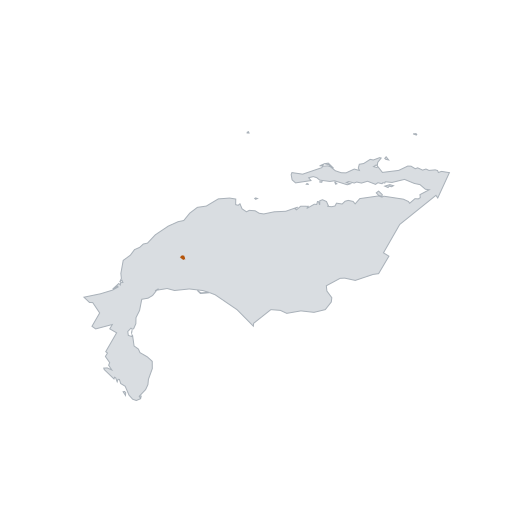 Tlalpan, Distrito Federal, Mexico shown in context, rotated 120°
{"feature_id": "50627088B11005238011149", "entity_name": "Tlalpan", "entity_type": "district", "adm_level": 2, "iso_a3": "MEX", "parent_name": "Mexico", "parent_adm1": "Distrito Federal", "projection": "natural_earth1", "projection_center": [-99.188, 19.201], "detail": "fine", "context": "in_parent", "style": "filled", "palette": "amber", "viewbox_px": 512, "rotation_deg": 120, "n_neighbors": 0, "source": "geoboundaries", "source_scale": "gbopen_adm2", "svg_char_len": 4491}
<svg xmlns="http://www.w3.org/2000/svg" viewBox="0 0 512 512"><g transform="rotate(120 256 256)"><path d="M87.1,130.2L114.9,127.6L113.5,130.5L156.8,147.3L189.5,147.2L189.7,140.8L210.0,141.0L213.5,145.5L227.5,157.8L230.8,168.1L233.3,172.0L246.6,180.2L250.9,177.1L254.2,169.5L258.2,167.8L267.8,169.2L275.8,177.6L281.1,189.7L290.3,200.7L290.9,207.7L295.0,216.3L315.4,224.4L318.1,223.2L312.0,245.4L310.0,272.0L310.9,277.7L316.3,285.4L315.2,289.5L315.5,285.3L311.1,278.8L312.5,284.8L317.9,297.3L326.6,309.3L328.6,316.7L334.8,324.3L333.1,324.1L336.6,326.0L335.5,324.9L341.9,325.8L346.5,328.4L350.6,333.3L361.4,329.6L369.4,329.1L374.7,326.2L380.2,325.6L381.4,326.7L381.0,328.2L385.5,329.3L388.6,326.9L387.8,323.0L386.3,323.9L386.6,323.1L394.9,316.6L395.4,311.3L397.7,308.2L397.7,299.6L399.1,293.2L405.4,289.5L416.6,287.5L421.4,285.3L426.9,284.8L435.9,287.0L436.6,285.6L434.3,285.5L437.3,284.6L441.0,287.4L441.7,291.2L440.0,296.4L434.2,304.2L434.1,309.4L431.2,312.6L431.8,313.8L434.4,313.3L431.7,316.6L431.7,317.9L433.5,317.5L430.2,330.7L429.2,331.8L427.3,328.9L426.8,323.9L424.3,329.0L421.5,329.4L418.3,336.2L414.3,336.1L414.0,338.3L392.2,338.3L392.2,346.2L387.2,346.2L399.3,358.4L398.9,362.9L383.5,362.9L378.0,374.1L379.5,377.0L377.7,384.4L366.4,371.7L357.3,363.2L351.8,359.9L351.2,360.7L356.3,363.6L348.4,361.1L348.9,359.0L346.8,359.9L345.5,358.0L344.0,360.0L346.7,361.0L342.7,361.4L338.7,364.3L326.2,368.8L318.1,365.2L311.2,364.4L306.6,361.0L302.0,359.6L299.1,356.4L288.0,353.8L274.1,347.0L265.2,340.6L261.4,336.3L252.0,334.8L243.2,331.1L237.6,324.0L225.4,317.2L219.0,307.8L216.8,302.0L221.7,299.3L221.0,296.8L218.8,296.0L222.1,291.7L222.5,286.4L219.8,284.6L217.3,279.4L217.4,274.6L215.7,270.3L208.6,262.3L202.4,252.6L192.8,244.3L195.6,245.8L195.8,244.0L190.6,242.2L186.8,235.6L189.5,235.8L182.0,231.4L181.0,229.2L178.1,230.0L177.7,229.0L179.9,226.4L176.2,228.4L174.0,226.5L173.6,222.2L176.4,218.3L177.3,219.1L175.5,215.1L173.2,212.6L170.0,212.7L167.9,207.4L164.0,206.2L161.7,203.9L160.2,199.2L161.3,196.2L154.4,194.8L142.7,179.9L142.1,176.4L140.3,175.2L133.1,156.8L132.6,151.2L133.5,149.3L126.9,147.0L125.4,144.0L123.3,142.9L120.9,144.7L112.0,139.1L113.5,142.7L112.2,149.6L114.0,155.2L115.4,165.7L124.3,175.0L127.1,181.2L128.4,180.9L129.1,182.8L130.4,183.0L131.6,187.1L134.2,188.3L135.5,196.8L140.1,201.1L141.6,205.8L143.7,207.4L145.2,213.0L147.1,214.4L146.1,210.2L148.7,212.6L151.6,225.6L154.5,229.3L158.4,238.7L157.8,242.6L158.6,246.1L161.9,249.5L163.2,246.1L172.9,258.3L172.0,262.8L168.0,266.2L165.8,266.6L161.8,256.5L146.5,243.1L145.1,243.3L142.1,239.0L141.5,236.2L142.5,229.9L141.3,223.9L139.0,219.6L131.6,214.4L130.2,209.2L128.7,211.4L124.9,212.4L122.1,209.0L115.2,205.4L114.2,202.4L109.0,198.1L108.6,196.6L114.0,197.4L117.2,196.1L117.1,197.5L119.8,198.9L118.9,195.5L117.6,195.3L120.4,188.3L110.5,175.2L102.2,169.5L100.7,166.6L100.8,161.7L98.8,160.1L98.3,154.6L95.7,152.3L95.4,149.0L91.8,143.9L91.2,141.5L92.5,139.8L90.0,137.7L87.1,130.2ZM142.2,180.1L141.2,183.4L138.5,182.3L139.7,177.3L141.4,176.8L142.2,180.1ZM131.1,179.4L127.3,175.8L126.4,172.1L128.3,173.3L128.7,175.4L130.7,175.9L131.1,179.4ZM440.0,303.2L439.0,302.1L439.5,300.5L442.0,299.3L440.0,303.2ZM142.1,243.2L139.4,239.8L141.2,232.7L140.6,239.0L142.1,243.2ZM107.1,193.3L105.0,192.9L106.5,189.1L107.4,191.9L107.1,193.3ZM71.7,181.0L70.0,178.6L70.4,177.5L71.1,177.6L71.7,181.0ZM144.5,243.3L146.1,246.0L142.6,243.4L144.5,243.3ZM207.1,284.7L206.8,285.9L205.9,285.4L205.5,283.5L207.1,284.7ZM159.5,236.2L160.2,238.3L158.3,235.6L159.5,236.2ZM153.0,222.1L154.0,223.0L152.4,225.0L153.0,222.1ZM153.9,325.2L153.2,325.5L152.1,324.7L153.0,323.5L153.9,325.2ZM384.1,325.7L382.1,326.2L385.5,325.0L384.1,325.7ZM168.7,248.3L167.7,248.1L167.6,246.1L168.7,248.3Z" fill="#d9dde1" stroke="#a8b0b8" stroke-width="1"/><path d="M293.0,319.7L293.6,320.2L294.7,320.3L294.5,320.2L294.4,320.0L294.3,319.9L294.4,319.7L294.5,319.6L294.5,319.3L294.7,319.5L294.7,319.4L294.7,319.2L294.8,319.0L294.8,318.9L294.7,318.9L294.7,318.7L294.4,318.5L294.5,318.5L294.5,318.4L294.4,318.4L294.5,318.4L294.5,318.2L294.5,318.3L294.5,318.2L294.6,317.9L294.6,317.7L294.8,317.6L295.0,317.5L295.0,317.4L294.9,317.3L294.7,317.2L294.6,317.4L294.4,317.4L294.2,317.3L293.9,317.3L293.7,317.3L293.7,317.2L293.6,317.3L293.4,317.4L293.4,317.5L293.4,317.8L293.4,318.0L293.3,318.3L293.2,318.3L293.0,318.5L292.9,318.6L292.7,318.5L292.6,318.4L292.5,318.5L292.6,318.8L292.7,319.0L292.8,319.1L292.8,319.3L292.8,319.5L293.0,319.7Z" fill="#f59e0b" stroke="#b45309" stroke-width="1.5"/></g></svg>